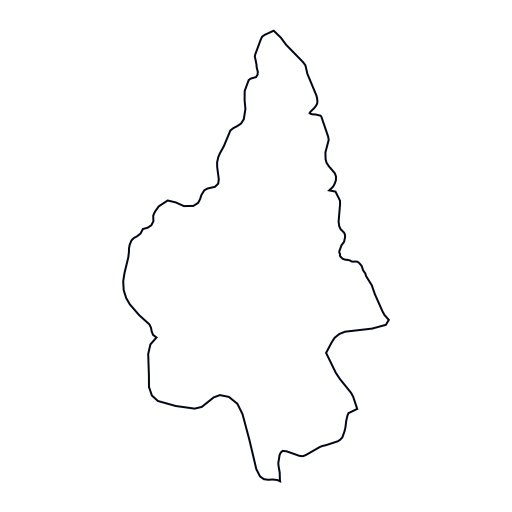 the County of Korçë, rotated 180°
{"feature_id": "ALB-1521", "entity_name": "Korçë", "entity_type": "County", "adm_level": 1, "iso_a3": "ALB", "parent_name": "Albania", "parent_adm1": "", "projection": "natural_earth1", "projection_center": [20.625, 40.584], "detail": "fine", "context": "isolated", "style": "outline", "palette": "ink", "viewbox_px": 512, "rotation_deg": 180, "n_neighbors": 0, "source": "natural_earth", "source_scale": "10m", "svg_char_len": 2472}
<svg xmlns="http://www.w3.org/2000/svg" viewBox="0 0 512 512"><g transform="rotate(180 256 256)"><path d="M231.9,30.7L234.7,32.0L239.6,32.5L244.0,32.2L245.0,32.4L248.1,32.8L252.0,35.6L255.7,42.9L262.6,72.1L269.5,97.9L274.6,108.2L279.4,112.1L283.1,115.1L292.1,116.9L298.3,114.6L310.2,105.1L317.2,103.4L317.5,103.4L336.3,106.0L354.1,111.0L360.1,116.5L363.0,124.9L363.1,136.8L363.8,158.0L361.6,167.6L355.5,174.5L359.0,177.2L360.3,180.6L361.0,184.2L362.6,187.6L372.8,196.8L382.3,207.8L385.9,214.1L388.3,221.9L388.8,230.7L387.5,239.0L383.7,254.6L383.1,259.7L383.0,263.5L382.4,266.9L380.6,271.5L378.1,274.0L374.8,275.8L371.5,278.4L369.1,283.0L364.5,284.2L360.7,286.7L358.6,290.7L358.8,296.2L357.8,298.8L356.6,301.0L353.2,305.7L344.3,311.5L336.3,309.6L328.1,305.9L318.6,306.1L313.8,309.2L311.9,312.9L310.5,317.2L307.6,321.8L304.4,323.5L297.0,325.2L293.8,328.4L293.2,332.6L294.8,344.8L294.9,349.5L293.7,355.0L292.1,358.7L288.2,365.7L282.7,378.9L281.7,381.4L278.8,383.8L274.9,385.8L271.0,388.4L268.2,392.8L266.6,403.0L267.4,411.9L267.3,421.1L263.3,431.9L261.3,433.4L256.0,434.9L254.4,437.4L254.2,440.1L255.4,445.1L255.5,447.4L257.2,455.7L256.7,457.7L251.3,472.3L249.8,475.4L247.2,477.2L238.3,481.3L238.1,481.1L231.2,474.4L225.9,467.2L209.0,449.9L206.6,446.7L204.6,438.1L195.6,416.5L194.9,413.7L194.6,410.9L194.8,408.5L195.9,406.4L197.7,404.0L201.4,400.4L202.4,398.9L201.5,398.2L199.6,397.7L196.4,397.5L191.4,396.3L190.6,395.2L183.9,375.5L183.3,372.1L186.6,359.5L186.4,352.7L185.4,349.1L183.2,345.8L177.2,338.8L176.0,335.5L176.1,331.7L177.2,328.6L178.2,326.5L179.4,324.8L182.8,321.6L176.5,320.4L172.0,311.3L171.9,308.3L173.4,290.4L172.8,285.9L171.4,282.8L167.9,279.3L167.2,277.8L166.9,275.7L167.1,274.0L167.9,270.3L168.7,269.1L170.5,266.8L172.7,260.7L172.7,259.3L171.9,257.9L172.1,256.5L171.7,255.5L169.3,253.2L167.5,252.5L163.4,251.9L162.0,251.5L160.3,250.5L158.8,250.3L157.0,250.5L155.0,250.4L153.1,249.3L150.4,246.2L148.8,241.5L146.7,238.6L145.8,235.7L140.2,226.7L137.1,217.7L129.4,200.4L127.6,197.1L123.2,192.1L126.1,187.2L139.9,183.4L167.0,180.3L172.7,178.0L177.4,174.2L180.4,169.5L185.9,159.1L176.2,139.2L172.1,133.0L160.9,119.1L158.8,115.2L154.8,103.1L163.6,98.8L164.6,96.2L165.7,91.5L166.6,84.4L167.5,80.7L169.6,74.7L171.9,72.2L174.2,70.7L186.8,66.6L189.0,66.2L191.8,65.2L206.1,57.0L208.8,55.9L210.4,55.9L212.4,56.1L225.5,60.7L229.3,61.1L231.1,59.6L232.4,57.1L233.7,48.9L233.5,46.3L232.3,39.4L232.1,32.1L231.9,30.7Z" fill="none" stroke="#020617" stroke-width="2"/></g></svg>